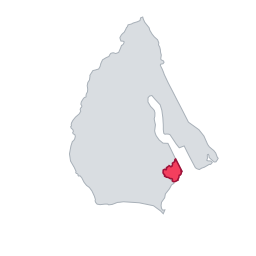 Foundiougne, Fatick, Senegal (highlighted), rotated 243°
{"feature_id": "50182788B85341589150678", "entity_name": "Foundiougne", "entity_type": "district", "adm_level": 2, "iso_a3": "SEN", "parent_name": "Senegal", "parent_adm1": "Fatick", "projection": "orthographic", "projection_center": [-16.407, 13.882], "detail": "fine", "context": "in_parent", "style": "filled", "palette": "rose", "viewbox_px": 256, "rotation_deg": 243, "n_neighbors": 0, "source": "geoboundaries", "source_scale": "gbopen_adm2", "svg_char_len": 5548}
<svg xmlns="http://www.w3.org/2000/svg" viewBox="0 0 256 256"><g transform="rotate(243 128 128)"><path d="M192.2,117.9L195.1,122.8L194.5,125.2L193.9,128.7L195.6,131.2L197.5,132.8L198.8,134.3L200.3,136.3L200.6,140.5L200.4,143.5L201.4,144.8L202.3,146.5L202.1,147.9L201.6,149.2L199.9,150.9L199.6,154.0L202.6,157.7L204.5,159.7L204.5,160.9L205.0,162.2L206.4,163.7L207.3,163.3L208.2,162.1L208.6,161.2L211.1,161.5L212.3,161.9L213.9,164.3L214.6,166.0L215.0,168.0L216.7,170.5L218.2,172.3L218.5,173.4L219.9,174.9L219.1,178.3L219.2,180.1L218.4,184.7L218.3,186.8L218.4,187.6L220.4,189.2L220.2,191.5L218.2,191.1L214.7,190.9L207.7,192.3L205.2,191.8L200.6,192.1L197.3,192.8L193.2,194.4L189.9,194.1L188.2,192.9L185.8,193.0L183.2,192.4L180.4,191.3L177.9,190.8L175.1,188.8L173.9,188.4L173.0,189.0L172.2,189.7L171.4,190.1L170.0,189.8L169.4,188.3L169.8,186.9L170.0,185.9L169.3,185.3L167.6,185.2L164.9,185.2L160.5,184.8L159.5,184.6L149.8,184.3L139.7,184.4L131.2,184.4L120.4,184.5L112.8,184.5L105.7,184.5L100.3,187.3L94.3,190.4L86.4,192.0L77.2,191.5L74.3,191.9L71.2,193.2L69.0,194.2L65.8,194.8L61.8,194.3L60.1,194.6L59.1,193.2L57.9,191.0L58.6,189.3L61.1,188.3L64.9,186.9L66.8,187.6L68.0,187.7L68.2,186.8L67.8,186.3L65.0,185.1L63.5,183.5L62.3,184.4L61.3,186.4L60.4,187.0L59.1,187.5L58.4,186.2L58.1,184.9L58.7,183.9L58.4,178.3L58.8,175.3L58.6,172.7L60.3,171.0L62.0,170.0L68.6,169.9L74.6,169.8L80.5,169.8L86.5,169.9L87.1,164.7L88.9,164.3L91.8,163.7L97.0,163.1L102.9,162.4L104.1,161.4L105.1,159.7L105.7,158.1L106.9,157.5L108.6,158.0L110.7,158.8L113.0,160.0L115.5,161.2L117.2,161.9L121.3,163.7L128.4,166.2L134.1,167.2L141.1,165.2L146.1,164.0L146.7,161.7L145.9,159.6L142.1,157.6L137.0,157.9L135.5,158.4L133.1,159.1L131.7,159.4L129.3,158.9L126.2,157.2L124.3,155.5L121.6,154.7L118.4,153.9L113.3,150.4L110.7,149.8L108.2,149.6L103.3,150.3L98.6,152.3L96.2,156.6L91.5,156.6L81.4,156.4L72.2,156.3L64.6,156.6L63.9,153.5L62.1,151.0L59.1,148.8L58.5,146.8L59.5,145.1L62.3,143.7L63.0,142.6L61.5,142.8L59.3,143.7L57.8,143.8L57.6,141.0L55.1,137.5L52.3,131.4L49.2,129.0L46.6,124.1L43.8,122.2L41.3,121.4L39.1,121.5L38.3,123.7L35.6,120.5L39.3,119.4L47.2,115.4L56.3,104.0L64.4,90.4L65.5,87.2L66.5,84.8L67.1,79.2L68.3,75.9L69.4,75.3L70.7,72.8L72.4,68.3L74.2,65.9L76.3,65.4L78.0,65.6L79.1,66.5L82.5,67.1L88.2,67.3L92.5,66.6L95.6,65.0L99.6,64.2L104.6,64.2L107.3,63.5L107.5,62.3L108.2,61.9L109.2,62.4L110.2,62.2L111.1,61.3L112.0,61.2L113.0,62.0L117.1,62.2L124.6,61.8L131.5,64.1L137.9,69.0L141.2,72.3L141.5,73.9L142.5,75.6L144.5,77.3L146.2,77.6L147.8,76.5L149.0,76.6L149.9,77.9L151.7,78.1L153.7,77.3L155.2,77.5L155.4,78.3L155.8,78.7L156.7,78.9L158.1,79.9L159.9,82.5L161.5,86.1L162.7,90.9L164.3,93.4L166.2,93.8L167.3,94.8L167.5,95.9L168.1,96.6L169.0,97.0L170.6,96.8L172.5,98.3L174.6,101.8L175.0,103.3L174.7,104.2L174.8,104.8L176.1,105.4L177.4,106.5L178.5,108.2L180.8,109.7L184.3,110.9L186.8,112.9L188.3,115.5L191.5,117.7L192.2,117.9Z" fill="#d9dde1" stroke="#a8b0b8" stroke-width="1"/><path d="M58.9,149.0L59.5,149.0L59.6,149.3L59.8,149.5L60.0,149.8L60.3,150.0L60.4,150.3L60.5,150.4L60.5,150.5L60.7,150.8L60.8,150.8L62.5,152.0L62.7,152.3L62.4,152.5L62.3,152.9L62.4,153.1L62.5,153.4L62.5,153.5L62.8,154.0L62.9,154.4L63.0,154.4L63.0,154.5L63.4,154.8L63.5,154.8L63.9,155.1L64.1,155.2L64.2,155.3L64.2,155.5L64.3,155.6L64.5,155.8L64.6,156.0L64.8,156.2L65.0,156.1L65.0,156.4L66.1,156.4L66.3,156.4L66.1,155.9L67.4,156.4L67.6,156.4L69.4,156.4L73.7,156.4L76.3,156.4L77.2,156.4L78.8,156.4L78.9,156.2L78.7,155.9L78.4,156.0L78.3,155.9L78.1,155.6L78.2,155.4L78.3,155.3L78.3,155.1L78.1,155.0L78.0,155.3L77.9,155.3L77.8,155.2L77.7,155.0L77.4,155.0L77.3,154.9L77.4,154.7L77.2,154.5L77.1,154.4L76.9,154.3L76.9,154.2L76.8,153.9L76.8,153.7L76.7,153.6L76.7,153.4L76.6,153.2L76.7,152.9L76.6,152.7L76.6,152.4L76.6,152.2L76.5,151.8L76.5,151.6L76.4,151.5L76.2,151.4L75.8,151.3L75.7,151.3L75.4,151.2L75.1,151.0L75.0,150.9L74.9,150.8L74.8,150.7L74.7,150.6L74.6,150.4L74.4,150.3L74.1,150.1L74.2,149.6L74.2,149.4L74.1,149.2L74.0,148.9L73.9,148.6L74.0,148.5L74.8,148.2L75.2,148.0L75.6,147.8L75.7,147.7L75.8,147.6L75.7,147.5L75.6,147.2L75.6,146.9L75.5,146.7L75.5,146.4L75.5,146.2L75.4,145.6L75.4,145.4L75.3,145.2L75.2,145.1L75.3,144.9L75.3,144.6L75.3,144.4L75.2,144.3L75.1,144.2L74.6,144.0L74.5,143.9L74.4,143.9L74.2,143.9L74.0,143.7L73.8,143.5L73.7,143.4L73.5,143.2L73.5,142.9L73.7,142.7L74.0,142.5L74.1,142.4L74.3,142.4L74.5,142.2L74.6,141.9L74.6,141.6L74.6,141.4L74.6,141.2L74.6,140.8L74.5,140.7L74.5,140.4L74.4,140.4L74.2,140.2L73.9,140.0L73.9,139.9L73.7,139.8L73.7,139.7L73.4,139.6L73.2,139.5L73.1,139.4L72.9,139.3L72.7,139.2L72.3,138.9L71.8,138.9L71.6,138.8L71.2,138.9L71.2,139.0L70.9,139.1L70.6,139.0L70.4,139.0L70.2,139.0L69.9,139.3L69.7,139.4L69.4,139.3L69.2,139.2L68.9,139.0L68.8,138.9L68.7,138.7L68.4,138.7L68.2,138.8L68.0,139.1L68.1,139.3L68.1,139.5L67.8,139.6L67.7,139.6L67.4,139.6L67.2,139.6L66.9,139.7L66.9,139.8L66.7,139.9L66.6,140.0L66.4,140.4L66.3,140.5L66.2,140.6L66.1,140.8L65.9,141.1L65.7,141.3L65.5,141.5L65.4,141.6L65.1,141.8L64.9,142.0L64.7,142.0L64.4,142.1L64.2,142.3L64.0,142.5L63.8,142.7L63.7,142.9L63.6,143.1L63.4,143.3L63.3,143.6L63.2,143.7L63.1,143.9L63.0,144.0L62.9,144.1L62.6,144.3L62.4,144.3L62.2,144.3L62.1,144.2L61.9,144.1L61.7,144.0L61.5,143.9L61.4,143.9L61.2,143.8L61.1,143.7L60.6,143.5L60.4,143.6L60.2,143.7L60.1,143.8L59.8,144.1L59.5,144.4L59.4,144.5L59.2,144.8L59.0,145.0L58.9,145.2L58.9,145.4L58.9,145.5L58.9,145.9L58.9,146.1L58.9,146.3L58.9,146.6L58.9,146.8L58.9,147.0L58.9,147.3L58.9,147.7L58.9,148.1L58.9,148.3L58.9,149.0Z" fill="#f43f5e" stroke="#9f1239" stroke-width="1.5"/></g></svg>